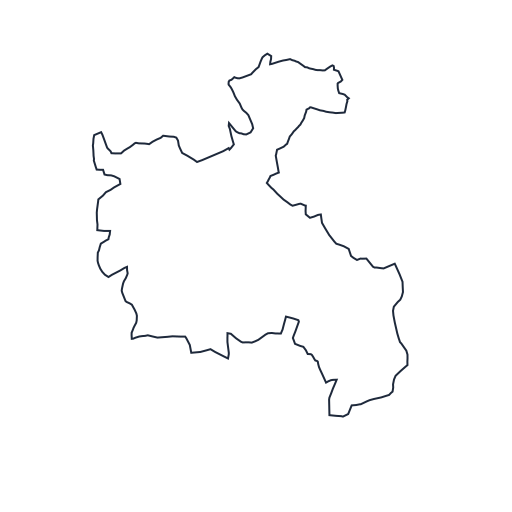 Al-Mosul, Ninawa, Iraq (Natural Earth projection), rotated 337°
{"feature_id": "34846034B66599568712680", "entity_name": "Al-Mosul", "entity_type": "district", "adm_level": 2, "iso_a3": "IRQ", "parent_name": "Iraq", "parent_adm1": "Ninawa", "projection": "natural_earth1", "projection_center": [43.075, 36.099], "detail": "fine", "context": "isolated", "style": "outline", "palette": "slate", "viewbox_px": 512, "rotation_deg": 337, "n_neighbors": 0, "source": "geoboundaries", "source_scale": "gbopen_adm2", "svg_char_len": 5666}
<svg xmlns="http://www.w3.org/2000/svg" viewBox="0 0 512 512"><g transform="rotate(337 256 256)"><path d="M403.0,147.1L402.0,145.5L400.7,142.2L399.2,140.8L396.2,138.6L396.4,135.8L396.8,133.7L397.7,131.1L398.5,129.2L399.2,128.8L402.3,128.5L404.3,127.6L404.1,118.2L403.3,117.4L400.5,115.0L401.4,113.1L401.7,111.4L400.8,110.4L398.5,110.6L394.9,111.3L391.9,112.0L390.0,111.3L387.7,110.0L385.0,108.8L383.5,107.9L381.6,106.3L379.1,104.6L378.1,103.8L376.9,102.4L374.9,101.3L374.0,99.6L371.4,95.4L370.6,94.0L368.8,92.5L367.9,91.4L365.9,89.9L364.3,88.1L360.5,87.4L357.2,86.6L352.8,86.0L345.8,85.4L343.9,85.0L345.2,82.7L346.8,80.6L348.1,77.9L347.7,77.3L345.5,74.2L342.6,74.7L339.7,75.6L338.6,76.5L336.2,78.8L333.6,81.6L332.2,83.1L328.9,84.0L323.9,86.1L322.6,86.8L313.4,86.4L310.2,86.0L308.5,85.2L306.7,83.8L305.9,82.9L304.9,83.3L302.3,84.2L300.1,84.1L298.9,85.0L298.3,86.3L297.9,86.9L297.8,87.8L298.1,88.7L298.7,91.0L298.9,92.8L299.1,95.8L299.1,97.9L299.0,100.6L299.5,104.6L300.1,107.2L300.6,109.3L300.6,111.0L300.6,113.8L300.8,115.8L301.5,117.6L303.0,120.4L304.0,123.3L304.0,125.9L304.0,131.3L304.0,133.2L303.5,136.0L303.3,137.3L299.3,140.1L294.5,140.3L292.2,139.1L290.4,137.4L288.7,136.5L287.1,134.7L286.1,133.3L284.7,128.6L283.1,123.1L281.7,125.6L281.6,128.8L280.2,136.0L279.6,140.9L279.2,144.6L275.2,146.8L273.1,147.7L273.0,146.0L266.7,146.7L253.0,146.7L243.8,146.7L238.4,146.4L236.4,143.0L232.0,136.9L228.3,132.3L228.1,127.1L228.1,124.1L229.3,119.3L228.9,115.9L226.9,114.1L223.0,112.2L217.5,109.0L214.4,110.0L210.1,110.0L205.5,110.4L201.3,111.3L199.9,110.4L197.5,109.0L192.1,106.5L189.7,104.9L188.3,104.9L186.1,105.6L182.4,106.5L179.8,106.8L175.8,107.4L171.9,108.8L167.0,106.8L163.1,104.9L163.1,102.9L162.4,101.1L161.6,99.2L161.3,98.1L161.5,94.0L161.8,88.7L162.0,84.2L161.8,81.5L154.3,81.5L152.2,84.6L150.2,88.6L148.9,90.8L148.7,91.6L147.6,95.0L146.5,98.0L145.6,100.4L144.8,103.4L144.0,104.8L143.3,111.5L143.1,114.2L146.3,115.8L148.9,116.9L148.4,121.8L150.7,123.5L154.2,125.2L156.6,127.2L160.5,131.8L159.3,136.7L152.2,137.4L148.0,138.3L142.8,138.6L138.7,140.6L133.0,142.3L132.0,144.1L127.9,151.0L126.4,153.8L123.6,160.9L122.4,165.1L120.0,170.2L126.0,173.6L131.5,175.9L129.7,179.1L127.8,181.2L126.7,182.9L123.8,183.1L121.6,183.5L118.0,184.0L115.6,186.8L113.6,189.5L111.7,191.1L110.9,192.8L109.7,195.3L108.3,198.5L107.9,200.6L107.7,203.1L107.7,206.8L108.3,210.5L109.6,214.2L112.0,217.7L116.1,217.0L125.4,216.3L130.2,215.6L133.0,215.6L131.8,218.6L131.1,221.8L130.1,223.0L127.5,225.5L124.6,227.6L122.9,229.4L120.9,232.2L119.8,233.8L118.8,235.5L118.5,237.7L118.3,246.5L118.9,247.7L121.2,250.2L122.7,252.3L123.3,258.1L123.4,262.2L123.0,264.5L121.0,268.7L119.6,270.7L117.2,272.6L115.3,274.2L114.2,275.4L112.6,277.0L111.5,278.1L110.5,280.4L109.3,283.7L110.6,284.1L113.2,284.1L117.1,284.5L120.1,285.3L122.7,286.2L125.4,286.7L129.0,289.4L133.4,292.6L142.9,295.8L147.8,297.3L154.6,300.5L159.3,302.5L159.7,304.4L160.3,312.0L158.6,319.8L167.3,322.6L173.7,323.5L177.7,324.0L180.9,328.4L187.2,335.9L190.2,339.4L192.5,335.9L193.1,334.6L195.1,327.5L196.1,324.0L198.0,319.5L198.1,319.4L199.6,315.9L202.5,317.8L203.3,319.5L205.5,324.0L208.7,329.1L210.0,330.4L213.7,331.8L215.7,332.7L218.3,334.1L219.2,334.1L221.8,334.2L224.4,334.1L225.3,334.1L233.1,332.3L233.8,332.1L236.8,331.8L238.3,332.3L240.4,333.0L243.8,335.0L245.0,335.5L248.6,337.1L250.2,335.5L251.7,334.1L255.2,329.5L258.0,326.0L259.9,323.5L263.2,326.0L265.9,328.1L269.9,331.6L269.8,333.2L262.5,341.1L259.8,343.8L257.9,345.9L257.8,348.7L257.6,352.1L261.5,356.0L264.1,358.1L265.1,362.3L265.3,366.4L268.1,367.8L268.8,368.9L269.2,371.2L269.5,374.0L269.8,375.4L271.0,376.3L271.6,377.3L271.0,380.0L270.6,382.8L270.6,385.5L270.8,390.8L271.0,399.6L271.0,399.9L272.0,399.8L273.6,399.6L276.3,399.6L276.5,399.6L277.3,399.8L278.5,400.1L281.9,401.4L279.3,404.0L274.9,408.2L271.5,411.8L268.2,415.1L267.2,416.7L261.4,431.2L267.4,434.5L271.8,436.7L273.3,437.8L279.1,437.5L284.0,432.6L285.7,430.9L289.9,432.3L293.7,433.1L294.4,433.4L301.2,433.1L304.3,433.1L308.7,433.7L316.0,435.1L321.4,435.6L324.2,435.9L326.7,434.8L328.7,434.2L330.9,430.7L332.0,427.7L334.8,423.6L337.7,420.8L340.6,419.7L344.1,418.4L350.1,416.4L352.8,415.6L354.1,412.3L355.4,409.6L356.9,406.0L357.4,401.9L355.6,393.4L354.9,391.5L355.1,389.4L355.2,387.7L355.8,382.5L356.3,379.7L357.8,371.3L359.3,364.4L360.7,360.0L363.1,356.5L368.6,353.7L371.7,352.6L374.4,350.2L377.2,346.6L379.0,341.7L380.8,337.0L381.0,329.1L380.8,319.6L380.7,317.3L368.6,317.3L366.6,316.2L362.6,313.8L360.6,312.9L359.5,311.6L356.6,301.5L353.2,300.2L351.1,299.2L347.4,299.1L345.0,295.8L343.5,293.1L344.1,285.7L340.6,281.3L337.0,278.0L334.7,276.1L333.7,273.2L332.0,266.8L331.6,265.5L330.4,257.1L329.7,251.3L330.9,246.7L331.9,243.1L329.1,242.4L324.8,242.4L320.6,241.9L318.1,237.1L319.2,234.0L321.5,229.1L320.7,228.6L317.6,225.3L316.1,224.9L312.8,224.5L309.3,224.0L307.7,222.0L305.9,218.8L303.4,214.8L301.6,210.7L299.9,207.0L298.0,201.6L296.8,199.3L295.1,194.8L294.5,193.0L295.6,192.2L296.9,191.2L297.1,190.9L299.2,189.3L300.6,188.0L303.9,188.1L306.7,188.0L309.6,188.1L309.8,186.9L310.6,183.6L312.0,177.3L313.4,171.3L314.1,170.5L316.9,166.4L317.5,166.4L319.2,166.4L324.2,166.2L327.3,165.1L328.5,164.9L330.1,163.1L331.9,161.3L333.8,159.2L336.1,158.1L337.3,157.4L339.5,156.0L341.3,155.4L343.3,154.5L345.3,153.7L346.5,153.0L348.2,152.4L349.6,151.2L352.0,149.6L354.2,147.9L355.8,145.6L358.5,142.8L359.7,141.0L360.9,140.9L362.8,140.8L363.6,140.3L364.5,140.5L366.9,142.6L369.6,144.9L371.8,146.9L374.8,148.8L376.9,150.6L380.3,152.7L382.7,154.0L385.2,155.6L387.7,156.5L392.2,158.1L393.7,158.5L395.1,156.8L396.9,154.2L398.7,151.5L400.6,149.2L401.0,147.8L403.0,147.1Z" fill="none" stroke="#1e293b" stroke-width="2"/></g></svg>